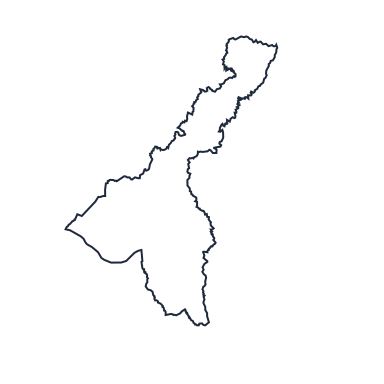 Kosamphi Nakhon, Kamphaeng Phet, Thailand (Robinson projection), rotated 159°
{"feature_id": "78962969B49200867447191", "entity_name": "Kosamphi Nakhon", "entity_type": "district", "adm_level": 2, "iso_a3": "THA", "parent_name": "Thailand", "parent_adm1": "Kamphaeng Phet", "projection": "robinson", "projection_center": [99.226, 16.58], "detail": "fine", "context": "isolated", "style": "outline", "palette": "slate", "viewbox_px": 384, "rotation_deg": 159, "n_neighbors": 0, "source": "geoboundaries", "source_scale": "gbopen_adm2", "svg_char_len": 6060}
<svg xmlns="http://www.w3.org/2000/svg" viewBox="0 0 384 384"><g transform="rotate(159 192 192)"><path d="M182.3,257.1L180.8,255.8L179.1,252.4L178.6,252.5L178.0,251.8L178.1,249.6L177.6,248.3L178.0,247.9L182.2,248.3L183.7,250.0L183.5,252.5L184.4,253.5L185.8,253.9L186.8,252.7L186.9,251.5L188.4,250.6L188.2,248.8L188.7,247.9L189.9,247.6L190.6,246.7L192.6,246.8L194.4,245.2L196.6,244.4L198.1,242.1L198.2,242.8L199.2,243.0L200.3,241.6L202.4,241.3L204.0,241.5L205.6,242.9L206.3,242.5L206.1,244.6L207.7,244.9L208.1,245.9L208.8,245.4L208.9,246.9L210.1,247.6L211.8,246.1L212.8,245.9L213.0,244.6L215.0,244.3L215.5,242.7L217.4,242.8L217.5,241.4L218.0,241.1L217.5,240.1L217.8,238.8L217.3,237.5L217.4,236.6L221.4,232.9L223.7,229.1L225.3,228.3L227.2,228.4L227.8,229.1L227.5,230.0L228.2,230.1L231.0,226.7L234.5,226.3L235.8,223.6L237.4,224.2L239.9,226.1L243.6,225.1L244.4,225.8L245.1,228.0L247.5,229.0L248.1,230.1L249.7,231.0L258.4,229.0L258.9,229.9L260.0,229.9L261.0,231.3L263.9,232.6L264.7,232.8L265.5,232.1L266.7,232.4L267.5,230.5L269.3,230.9L272.3,225.3L274.5,219.4L276.4,220.1L279.6,220.2L281.2,221.0L285.8,217.6L303.5,209.1L307.0,212.3L311.2,208.1L311.5,208.4L312.9,207.5L314.0,207.6L317.7,205.7L318.9,205.7L320.1,204.5L321.5,204.3L323.4,202.5L319.5,199.9L311.6,190.3L310.0,187.2L309.5,183.0L308.8,180.9L305.1,176.4L301.3,169.5L300.2,162.9L298.4,160.3L292.9,155.1L283.3,151.5L278.1,151.2L267.6,155.8L263.4,156.4L260.0,156.0L263.1,145.2L264.2,144.9L265.6,138.6L265.2,137.3L264.4,137.0L265.1,135.3L264.3,134.0L265.2,133.7L263.7,131.5L263.7,130.3L264.6,128.6L264.1,127.2L265.0,126.6L266.1,123.7L267.5,122.8L269.1,120.4L268.1,116.8L265.6,114.9L264.6,113.0L265.1,109.5L264.3,108.1L264.9,107.6L264.6,106.5L265.4,105.7L265.3,104.0L264.2,103.7L263.2,102.8L263.0,101.7L263.4,101.0L261.3,99.0L260.1,96.0L260.8,95.4L259.9,94.1L260.5,91.3L259.7,90.8L259.6,89.4L260.7,86.6L255.4,85.7L254.0,84.9L253.4,83.8L252.2,83.6L251.0,82.6L246.6,82.9L244.3,84.2L240.6,85.0L240.3,84.0L240.8,83.1L240.4,82.3L240.8,81.7L240.6,80.9L240.0,80.8L240.3,80.1L239.9,79.9L240.0,78.6L239.5,77.5L239.8,76.3L239.3,76.4L239.1,75.7L239.4,74.8L238.9,74.4L238.8,72.8L237.3,71.0L237.5,69.4L236.5,67.9L236.6,67.1L235.4,66.6L235.0,65.7L233.5,65.1L232.4,66.4L229.8,65.8L228.9,63.7L227.4,62.8L222.9,64.3L222.4,70.7L221.3,73.4L221.9,77.2L220.8,79.8L221.1,84.0L220.6,85.4L218.9,87.2L218.7,90.1L217.4,90.8L218.3,92.0L217.4,93.0L217.8,94.1L216.9,95.1L217.1,97.4L215.4,99.5L214.2,99.6L212.5,100.8L211.9,103.5L209.5,107.0L209.3,109.2L210.5,111.2L210.9,113.8L209.0,115.3L209.1,117.9L206.2,120.4L202.8,121.2L202.5,121.9L204.9,126.3L203.3,128.1L203.1,132.0L202.4,132.1L199.2,130.2L198.9,131.2L198.0,132.0L197.0,131.9L196.6,133.1L195.2,133.3L194.1,134.4L193.0,133.9L192.5,134.5L191.8,134.3L190.8,135.2L188.8,135.5L188.1,136.3L189.3,139.6L188.1,140.3L187.7,141.2L188.4,142.9L187.9,144.8L188.6,144.9L188.9,145.8L188.4,146.2L188.7,147.1L187.6,147.7L188.5,148.6L187.6,149.4L187.8,150.2L186.4,149.7L184.8,150.3L186.4,154.0L185.9,156.3L185.2,156.9L186.3,160.3L185.2,162.5L186.7,163.4L186.1,166.1L187.9,166.2L187.6,168.4L188.0,170.3L189.0,170.6L190.7,172.5L190.7,173.5L191.3,173.6L191.8,175.1L193.1,176.5L192.2,177.4L190.8,180.9L192.3,182.2L190.8,182.9L190.0,185.3L192.6,188.5L192.4,189.3L193.4,190.3L192.7,192.7L193.7,193.5L192.8,196.1L193.9,199.7L192.0,204.9L189.3,206.1L188.8,207.7L187.0,209.7L188.9,211.4L189.0,212.7L187.6,214.9L186.2,215.2L185.5,219.5L183.6,220.5L184.4,223.4L182.1,224.5L181.2,223.8L179.0,223.6L178.6,222.8L177.5,223.6L174.9,223.8L173.2,225.1L172.0,227.5L171.3,226.8L169.7,226.7L167.7,225.6L162.9,224.4L160.6,225.2L159.7,224.3L158.5,220.9L155.2,219.7L153.9,222.8L154.3,223.8L155.6,224.9L155.4,225.4L149.1,224.2L148.0,225.3L149.1,227.3L148.6,228.3L147.9,228.8L146.3,228.7L143.4,231.5L141.6,236.5L141.4,239.1L144.0,238.1L145.2,238.8L143.8,239.9L142.9,241.9L140.4,244.2L139.1,244.7L139.0,242.6L138.1,241.7L136.4,244.0L135.6,244.0L135.1,243.1L134.5,243.3L133.5,246.8L131.5,244.2L129.6,246.6L127.2,247.2L126.0,245.8L125.1,245.9L124.3,247.1L123.8,250.8L122.3,250.1L121.8,250.9L121.8,253.2L118.8,253.6L118.6,254.0L119.6,255.3L116.6,256.1L118.1,257.9L117.2,258.8L116.2,258.5L116.5,260.5L115.1,260.6L115.5,262.8L114.5,263.8L112.5,261.9L112.6,261.4L113.9,261.2L113.5,260.6L110.8,261.2L109.3,260.0L108.4,260.7L108.5,261.4L108.0,261.4L106.8,260.8L105.9,259.1L105.0,262.2L102.3,261.0L101.5,261.4L101.2,262.2L101.7,263.6L100.8,264.6L98.9,262.6L97.3,263.3L96.9,264.5L94.2,264.9L92.1,266.9L90.4,266.7L89.5,267.7L86.4,268.5L84.0,271.9L82.7,272.1L80.4,274.3L80.5,275.9L79.0,278.9L75.1,282.1L74.6,283.9L72.8,284.5L71.5,286.2L69.3,285.9L66.4,288.3L65.6,290.3L63.5,291.9L61.9,295.1L60.7,296.1L60.6,299.2L61.4,298.4L62.5,298.4L63.7,298.9L64.5,300.5L68.2,300.7L69.7,303.8L72.7,304.4L74.0,307.7L74.9,308.1L77.2,307.7L77.8,310.9L79.6,309.8L81.0,309.8L81.5,312.8L83.3,314.3L84.1,316.4L85.6,317.8L87.8,317.8L90.5,319.6L96.7,318.8L97.7,319.5L98.2,321.0L102.3,321.2L103.3,320.8L103.3,319.9L104.6,318.6L106.7,317.7L106.8,316.3L107.5,316.1L107.5,314.1L109.5,311.9L108.9,311.0L109.2,309.2L110.3,309.1L111.7,307.6L113.8,306.4L114.3,304.7L116.0,304.7L115.5,302.4L117.3,300.1L116.2,298.9L117.3,295.8L115.9,296.9L115.0,296.7L116.2,293.9L114.5,294.8L113.4,293.9L114.0,293.4L112.6,293.6L112.1,292.5L111.3,293.4L110.7,293.1L110.6,292.3L111.8,292.0L112.0,291.2L110.9,290.2L110.1,290.7L109.6,289.8L110.2,288.8L109.1,286.5L109.9,284.5L110.7,284.8L111.0,284.3L111.7,285.1L113.7,284.0L114.9,285.0L116.7,285.3L118.2,284.5L120.7,284.4L123.3,282.1L126.2,281.9L127.3,282.4L127.0,280.1L129.0,278.7L131.8,279.1L134.6,277.4L136.9,279.3L136.7,280.2L138.1,281.7L138.1,282.8L139.0,284.1L140.9,283.7L141.4,281.0L142.9,280.8L144.1,281.2L144.4,282.3L145.2,282.6L145.2,283.3L147.6,285.0L147.7,281.7L151.5,280.3L151.8,279.1L153.3,278.5L153.2,276.8L155.2,276.3L156.4,274.8L157.8,275.1L158.1,273.8L158.8,273.9L160.2,272.1L161.1,272.0L160.4,269.9L161.9,266.7L162.8,266.5L164.0,264.2L167.3,267.6L169.6,264.3L170.3,261.8L171.7,260.1L173.0,261.1L174.1,259.7L175.5,260.9L176.1,260.0L177.7,260.0L179.3,258.3L182.3,257.1Z" fill="none" stroke="#1e293b" stroke-width="2"/></g></svg>